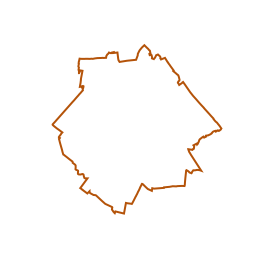 the district of Pestera, Constanta, Romania, rotated 43°
{"feature_id": "2599482B96681929842674", "entity_name": "Pestera", "entity_type": "district", "adm_level": 2, "iso_a3": "ROU", "parent_name": "Romania", "parent_adm1": "Constanta", "projection": "equal_earth", "projection_center": [28.117, 44.192], "detail": "fine", "context": "isolated", "style": "outline", "palette": "amber", "viewbox_px": 256, "rotation_deg": 43, "n_neighbors": 0, "source": "geoboundaries", "source_scale": "gbopen_adm2", "svg_char_len": 5363}
<svg xmlns="http://www.w3.org/2000/svg" viewBox="0 0 256 256"><g transform="rotate(43 128 128)"><path d="M70.4,175.9L70.4,176.6L70.5,176.8L70.6,177.0L70.9,177.1L71.8,177.1L72.4,177.1L73.8,177.0L76.4,176.8L78.5,176.5L83.0,176.0L83.0,177.5L83.1,177.9L83.2,178.3L83.3,178.7L83.3,179.3L83.4,180.5L83.6,181.7L83.7,181.9L83.9,182.0L85.0,181.8L85.1,182.3L85.0,183.1L86.2,183.8L87.4,184.6L89.0,185.6L94.0,188.6L94.7,189.0L96.3,190.1L98.7,191.5L98.9,191.4L107.5,190.7L110.3,190.4L110.8,190.7L111.3,191.2L114.4,190.9L115.2,191.1L116.6,192.5L117.6,193.8L117.8,194.0L118.3,194.0L118.7,193.9L120.1,193.4L120.5,193.3L120.8,193.5L121.1,193.8L121.7,194.6L122.0,195.0L122.4,195.4L122.6,195.6L122.9,195.7L123.1,195.7L123.3,195.6L123.5,195.6L124.3,195.0L124.7,194.7L124.8,194.6L125.2,194.1L125.8,193.1L126.1,192.7L126.4,192.5L126.7,192.5L127.1,192.4L127.3,192.5L127.6,192.6L128.0,193.0L128.6,193.4L130.0,194.2L130.3,194.3L130.5,194.2L130.8,194.1L131.0,194.0L132.7,192.5L134.1,204.4L134.1,204.5L136.7,204.2L136.7,204.3L142.9,203.6L143.0,200.5L143.3,200.8L144.1,201.3L144.4,201.4L144.6,201.4L144.9,201.4L148.1,200.6L148.5,200.5L148.7,200.3L149.9,199.4L150.3,199.2L150.6,199.1L158.7,199.1L162.8,199.0L163.1,199.0L170.2,196.7L170.5,196.7L170.8,196.9L171.0,197.3L171.6,198.3L171.9,198.6L172.4,198.7L173.4,198.9L174.1,199.1L174.6,199.2L175.9,199.3L176.4,199.3L175.7,197.6L183.4,193.3L181.5,190.3L177.6,184.2L179.1,183.3L182.3,181.0L182.6,180.9L182.6,180.7L181.7,177.4L180.8,174.3L180.5,173.4L180.4,172.7L179.9,171.1L179.7,170.2L179.4,169.3L179.1,168.4L179.0,168.2L178.8,167.6L178.8,167.4L178.4,166.0L178.1,164.9L177.9,164.5L177.2,162.5L176.8,160.9L176.4,159.8L176.3,159.6L176.3,159.3L176.5,159.2L176.9,159.0L177.5,159.0L178.1,159.0L181.2,159.1L184.1,159.1L188.3,157.7L186.8,155.5L188.4,154.6L195.1,147.3L194.8,146.9L196.8,144.6L198.5,142.7L200.5,140.0L203.1,137.8L203.6,137.0L206.9,133.6L208.9,131.9L208.5,131.1L206.1,128.1L204.1,125.5L200.5,120.7L199.5,119.4L199.5,119.0L199.9,118.9L200.2,118.8L201.0,118.6L201.8,118.5L202.7,118.5L203.1,118.6L203.4,118.6L203.6,118.5L204.2,118.2L205.3,117.8L205.3,117.7L205.1,117.0L205.0,116.9L204.8,116.3L204.6,114.4L205.3,113.8L205.5,113.6L206.3,112.7L206.8,111.9L207.0,111.7L207.5,111.2L208.4,110.5L208.9,110.2L209.0,110.1L210.0,109.6L210.7,109.3L192.4,104.7L190.1,104.0L189.9,104.0L189.2,103.8L186.6,102.5L186.5,102.4L189.5,100.4L189.8,100.2L189.7,100.1L189.7,99.6L189.9,99.2L190.2,98.8L190.3,98.6L190.3,98.3L190.2,98.1L189.6,97.3L189.3,96.8L189.0,96.4L188.6,96.1L188.4,96.1L187.7,96.0L189.2,91.7L189.3,91.9L189.4,92.4L189.6,92.9L189.8,93.0L189.8,91.8L189.7,91.7L189.4,91.1L189.4,90.7L189.1,89.8L188.7,88.9L188.3,88.0L188.2,87.3L188.7,84.1L189.0,82.9L190.2,83.1L190.9,81.2L190.4,81.0L190.2,80.5L190.6,80.0L190.9,79.6L191.3,79.1L191.6,78.8L192.6,76.3L192.9,74.8L192.8,74.1L192.7,74.1L192.7,73.2L192.7,72.8L193.0,72.0L193.2,71.6L193.8,70.5L194.0,70.3L194.2,70.1L194.4,69.7L194.4,70.0L194.5,70.1L194.8,70.4L194.9,70.1L194.9,69.8L195.0,69.3L195.0,68.9L195.3,68.8L195.3,68.7L195.5,68.5L195.6,68.3L196.0,68.2L196.4,68.2L196.6,67.8L196.9,66.0L196.9,65.8L196.9,65.7L196.6,64.9L196.6,64.7L193.5,64.0L190.6,63.6L190.1,63.5L189.5,63.4L189.0,63.4L188.3,63.5L187.7,63.5L187.4,63.5L186.6,63.4L186.0,63.4L185.7,63.3L185.2,63.2L184.3,63.1L184.1,62.8L181.1,62.6L176.6,62.2L172.0,61.8L169.8,61.6L169.7,61.5L166.4,61.3L162.8,61.0L158.2,60.5L153.6,60.1L151.7,59.8L149.0,59.4L139.9,57.4L136.9,56.8L136.8,57.3L137.0,57.4L136.1,61.6L134.7,61.1L133.6,60.9L133.1,59.7L133.2,58.2L132.7,57.5L130.4,56.0L128.9,55.2L127.7,55.2L127.1,55.4L126.6,55.3L124.0,55.4L123.0,55.5L122.2,55.5L122.2,54.8L117.5,53.9L117.4,53.9L115.2,53.4L113.9,53.2L112.5,52.8L112.4,52.9L107.2,51.5L105.4,55.3L104.4,54.9L104.2,55.0L104.0,54.9L103.8,54.4L103.6,54.2L103.4,54.1L102.8,53.9L102.5,53.8L101.6,53.8L100.7,53.9L100.3,53.8L100.0,53.8L99.8,53.8L99.7,53.9L99.5,54.4L99.4,54.7L99.2,55.2L99.0,55.4L99.3,56.5L99.4,56.9L99.6,57.5L99.7,57.9L99.8,58.2L99.8,58.4L99.8,59.5L99.9,60.0L99.4,60.2L99.2,60.3L98.1,60.7L97.9,60.3L97.3,59.9L96.0,58.9L95.4,58.6L95.1,58.6L95.0,58.8L94.9,58.8L94.7,59.2L94.2,59.9L93.8,59.7L93.0,59.1L93.4,58.0L91.8,56.9L91.2,56.5L90.7,56.6L90.4,56.6L90.0,56.6L88.9,56.4L88.2,56.4L87.6,56.4L87.3,56.4L86.7,56.4L83.5,56.3L83.3,59.7L83.5,62.9L83.6,63.6L84.6,67.0L85.6,68.3L87.4,72.6L81.3,79.6L76.8,85.4L76.6,85.3L75.8,85.2L75.2,85.0L74.8,84.9L74.6,84.7L73.8,84.2L68.8,80.0L66.6,82.6L65.9,82.1L64.9,83.6L65.4,83.9L65.2,84.1L64.8,84.2L64.5,84.9L63.4,85.5L62.8,85.7L62.6,85.8L62.9,87.1L62.7,88.4L63.0,89.7L63.1,90.2L64.1,91.6L62.3,93.5L61.8,93.8L60.8,94.9L60.3,95.4L59.2,96.5L57.9,97.8L56.4,99.6L55.7,100.6L55.0,101.5L54.1,102.2L52.9,103.5L52.4,104.0L51.5,104.7L50.9,105.3L47.0,109.0L46.0,109.8L45.3,110.3L45.8,111.2L46.5,112.3L46.6,112.7L47.8,114.4L48.1,114.4L48.3,114.5L48.5,114.9L48.9,115.6L49.7,116.8L50.1,117.0L50.8,117.2L50.9,117.4L51.4,118.1L51.6,118.3L51.9,118.9L52.2,119.2L52.6,119.0L52.9,119.4L54.7,121.3L54.8,121.2L53.9,118.4L55.7,117.2L60.1,124.2L60.2,124.4L60.6,124.7L62.7,127.6L63.7,129.2L64.7,130.7L66.4,128.0L66.9,128.0L66.9,129.2L66.9,129.6L66.9,129.9L67.7,129.9L67.6,128.9L67.6,128.7L67.7,128.8L68.6,130.7L68.7,130.8L69.3,131.2L69.3,132.9L69.4,134.4L69.4,136.0L69.4,137.1L69.5,138.0L69.5,139.4L69.6,142.5L69.7,144.4L69.7,145.5L69.7,146.8L70.2,166.1L70.3,169.6L70.3,170.5L70.4,172.8L70.4,173.1L70.4,173.6L70.4,175.9Z" fill="none" stroke="#b45309" stroke-width="2"/></g></svg>